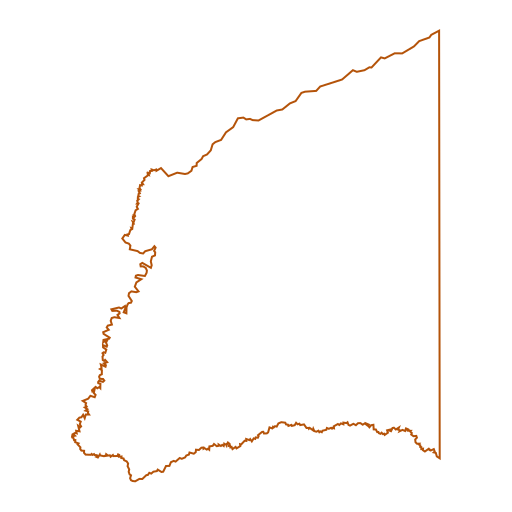 Puerto Gaitán, Meta, Colombia (Albers equal-area conic projection)
{"feature_id": "7082276B98813411003149", "entity_name": "Puerto Gaitán", "entity_type": "district", "adm_level": 2, "iso_a3": "COL", "parent_name": "Colombia", "parent_adm1": "Meta", "projection": "albers", "projection_center": [-71.987, 4.086], "detail": "fine", "context": "isolated", "style": "outline", "palette": "amber", "viewbox_px": 512, "rotation_deg": 0, "n_neighbors": 0, "source": "geoboundaries", "source_scale": "gbopen_adm2", "svg_char_len": 6038}
<svg xmlns="http://www.w3.org/2000/svg" viewBox="0 0 512 512"><path d="M103.1,347.4L106.3,349.6L105.3,352.8L103.6,352.3L102.5,353.2L103.6,355.0L102.5,356.5L102.8,360.1L104.2,360.9L105.1,359.9L107.2,362.2L103.9,363.4L105.9,365.2L105.5,366.7L100.8,364.5L101.6,368.1L100.0,369.0L101.9,370.1L101.8,374.3L99.8,375.2L99.1,376.8L99.9,378.8L103.1,379.0L104.3,380.6L102.9,381.9L99.1,380.7L98.1,382.1L98.3,383.2L100.4,383.8L100.3,388.2L99.2,387.1L97.3,388.3L95.6,386.9L92.0,390.2L92.4,391.5L94.4,390.3L93.8,393.0L95.6,394.9L94.7,397.2L90.4,395.8L88.2,398.7L82.8,400.9L86.1,403.1L85.5,405.0L86.7,406.6L84.8,407.4L87.4,409.2L85.5,410.6L88.2,411.4L87.9,412.9L89.0,414.5L85.8,414.5L84.7,418.2L83.1,414.8L81.4,417.3L79.4,417.6L77.3,419.8L80.7,421.6L79.8,424.2L81.1,426.4L80.1,427.4L78.2,425.9L79.5,431.3L76.2,430.8L76.7,433.3L75.3,432.8L72.5,434.4L72.3,435.4L73.8,434.5L75.0,435.7L72.3,436.3L72.3,437.5L73.4,437.9L74.1,440.2L75.3,440.1L75.2,442.2L78.5,443.4L77.6,444.4L80.4,447.3L80.2,449.0L81.4,450.6L84.1,450.8L84.0,452.8L85.6,454.6L90.8,454.8L91.6,454.0L92.4,454.9L94.0,454.1L94.5,455.0L96.9,455.2L97.6,456.3L96.5,456.9L97.9,457.5L99.8,454.5L100.1,455.4L103.9,456.2L106.0,455.3L106.2,454.2L107.1,454.9L106.5,455.8L109.9,455.3L110.6,456.7L112.9,455.0L113.4,456.1L117.5,456.0L118.1,454.4L119.2,454.9L119.0,456.7L121.5,456.5L121.3,458.0L123.6,458.5L124.1,460.2L126.7,461.4L128.1,463.5L127.6,466.2L129.2,469.4L128.7,471.8L129.6,474.4L131.0,475.3L130.1,478.2L131.0,480.2L132.6,481.0L135.2,481.3L139.4,478.9L142.3,479.0L146.4,475.1L147.8,475.0L149.3,472.8L151.2,473.6L153.4,471.7L156.9,471.1L157.7,469.6L161.5,472.0L163.2,471.7L166.0,466.0L169.4,465.9L170.9,462.2L173.7,460.9L175.6,461.6L179.7,458.0L181.8,458.8L185.1,457.4L186.3,455.5L188.9,454.6L189.5,452.5L193.8,453.7L195.7,452.2L196.0,449.7L198.9,450.0L201.4,447.7L203.4,447.5L203.5,448.7L204.4,448.1L206.8,449.6L208.0,448.7L209.2,449.7L209.4,446.4L212.7,445.9L214.0,444.0L216.8,446.2L218.7,445.8L218.6,444.5L220.9,446.0L222.2,444.9L223.7,446.0L224.2,443.8L224.9,444.5L226.4,444.0L226.6,445.1L227.9,442.5L229.5,443.8L228.8,445.9L230.1,445.6L230.4,447.4L231.6,446.9L232.5,449.1L235.6,446.9L236.5,448.4L240.3,446.1L240.1,444.2L241.1,444.5L244.7,440.7L246.3,440.9L246.2,439.0L249.4,440.1L250.2,439.1L251.8,441.4L253.7,438.4L255.2,438.9L255.7,437.4L257.9,437.7L258.6,436.1L258.0,435.2L262.1,431.9L263.3,431.8L264.0,433.5L266.8,433.4L268.1,432.4L269.5,427.4L272.2,428.4L273.0,426.8L273.7,427.5L275.0,426.2L276.7,426.6L278.4,423.4L281.3,422.2L285.3,422.7L286.0,424.4L288.0,424.7L288.4,425.9L291.4,424.9L291.9,425.9L294.7,425.2L296.1,422.8L297.6,424.3L299.4,423.7L300.2,425.1L304.0,424.4L306.5,428.0L308.6,427.9L308.9,428.7L309.7,427.9L312.9,430.2L313.3,428.8L314.3,431.1L316.4,431.7L318.4,430.7L319.3,432.2L320.3,431.4L321.8,432.2L322.5,430.7L326.3,429.8L326.9,428.0L328.8,428.8L330.9,427.9L331.9,428.6L332.3,427.8L334.0,428.3L333.8,426.3L337.9,424.0L339.3,425.0L340.9,423.4L343.4,424.3L343.4,422.6L346.5,423.1L347.5,422.3L348.5,424.9L350.0,425.6L353.4,423.8L355.9,425.2L358.0,423.2L360.4,423.1L362.7,424.7L364.8,423.4L366.2,424.5L366.0,423.4L368.8,424.6L368.1,425.6L369.4,427.3L371.2,425.2L373.4,424.8L373.7,429.4L375.9,429.5L377.2,432.1L378.4,432.0L378.9,433.2L380.5,433.8L381.6,432.7L382.9,434.1L384.2,433.7L384.7,434.9L387.9,432.7L387.1,430.3L389.9,429.6L389.5,430.6L391.0,431.2L392.5,428.0L393.9,427.7L395.8,429.5L398.9,427.5L398.1,429.6L400.1,430.4L399.7,431.2L402.5,429.9L405.1,431.0L406.0,428.4L407.6,429.1L406.9,429.8L408.4,430.0L408.1,430.7L410.5,430.8L410.0,431.3L411.8,433.0L411.2,434.5L413.5,436.2L416.3,435.9L416.9,437.7L415.2,439.5L415.5,442.2L416.9,443.7L419.4,443.7L418.9,444.5L420.3,445.3L420.2,446.9L421.3,447.1L421.3,449.0L423.0,448.7L422.8,450.1L424.9,451.5L428.8,448.7L429.5,449.5L429.8,448.7L429.6,450.0L430.7,450.5L433.8,449.1L434.7,451.5L433.8,452.4L435.8,452.9L436.8,456.4L439.7,458.3L439.1,30.7L431.3,34.8L429.4,37.5L419.2,41.1L414.0,46.4L402.2,53.4L394.7,53.3L384.7,58.4L381.0,57.4L371.5,67.5L369.4,67.3L364.5,70.2L356.8,71.8L352.9,70.2L342.1,79.5L320.2,86.5L316.2,90.9L305.0,91.7L301.4,92.9L295.6,101.1L289.9,103.4L282.3,109.5L276.7,110.5L258.5,120.5L252.6,120.1L250.0,118.9L246.2,119.4L243.4,117.6L237.9,118.3L233.2,127.1L226.0,132.3L221.1,139.9L215.3,142.1L212.6,144.3L210.8,150.3L207.0,154.5L203.1,156.2L201.6,159.0L196.7,163.0L196.6,165.8L192.6,167.0L191.4,170.8L187.8,173.4L185.0,174.0L177.2,172.7L168.4,176.2L161.0,168.1L156.4,170.8L156.2,169.5L153.9,170.3L151.6,169.5L151.8,170.9L150.1,171.0L149.8,173.2L148.4,172.8L148.8,174.6L147.7,173.8L147.9,175.4L144.0,178.2L144.5,179.9L141.9,182.5L143.0,184.2L141.9,184.2L141.8,185.5L140.1,185.1L139.5,188.1L140.2,189.1L138.7,189.2L140.1,190.7L138.7,191.1L139.8,193.3L138.7,193.7L138.2,196.1L139.0,196.4L137.9,197.0L137.8,198.9L138.7,199.3L137.2,200.8L137.8,202.5L137.0,203.6L138.4,203.7L136.7,206.8L137.9,208.9L135.6,210.3L134.3,214.2L134.8,215.3L134.0,215.3L134.8,216.5L134.0,217.3L132.9,216.8L132.9,218.7L134.6,219.6L133.7,222.0L132.7,221.6L133.7,223.7L132.9,223.8L132.3,228.5L131.3,228.1L131.7,229.3L130.3,230.1L129.0,234.1L127.5,234.4L127.8,235.6L124.8,234.9L122.3,238.5L125.5,242.5L128.8,243.6L130.4,245.6L129.8,249.3L137.6,251.1L139.9,252.9L143.1,253.5L145.2,251.2L151.9,249.3L154.4,246.2L155.6,247.6L154.1,250.9L155.2,252.3L155.0,255.4L152.0,256.7L150.8,261.4L151.7,265.2L150.9,267.8L142.3,262.9L140.3,264.2L140.7,266.4L143.2,266.4L145.7,267.9L146.9,270.5L146.6,272.8L144.9,276.0L138.0,275.0L135.9,275.7L135.5,277.5L141.3,279.2L136.4,282.4L134.8,286.7L138.5,291.4L136.3,292.2L131.4,291.4L129.0,293.2L128.5,295.9L131.8,301.0L131.0,302.7L128.6,303.1L127.6,304.4L126.5,307.4L126.4,313.3L123.7,312.3L125.5,307.9L125.0,306.0L121.3,308.5L119.0,307.5L111.4,309.3L112.3,310.9L116.9,310.7L119.4,311.9L119.6,313.4L117.5,314.9L119.4,318.0L114.4,317.2L111.7,318.0L110.7,320.8L111.9,324.6L107.8,325.6L106.7,327.4L108.7,329.8L103.2,332.2L103.6,333.9L109.7,337.7L109.1,338.7L103.5,339.9L103.2,342.4L105.2,340.8L106.9,340.9L106.0,342.6L107.2,345.4L106.7,346.7L103.0,345.1L103.1,347.4Z" fill="none" stroke="#b45309" stroke-width="2"/></svg>